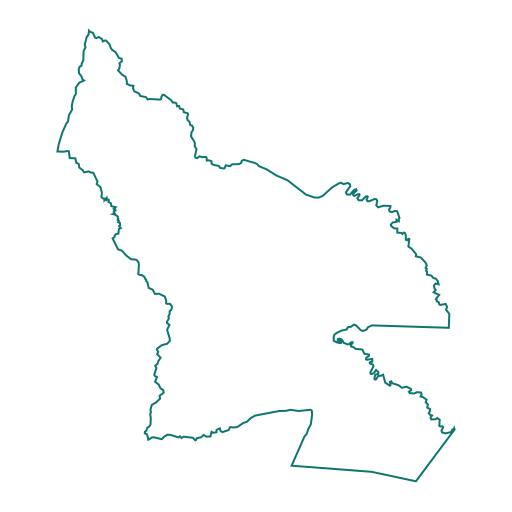 the district of El Cantón Del San Pablo (Managrú), Chocó, Colombia
{"feature_id": "7082276B94568538347754", "entity_name": "El Cantón Del San Pablo (Managrú)", "entity_type": "district", "adm_level": 2, "iso_a3": "COL", "parent_name": "Colombia", "parent_adm1": "Chocó", "projection": "albers", "projection_center": [-76.776, 5.377], "detail": "fine", "context": "isolated", "style": "outline", "palette": "teal", "viewbox_px": 512, "rotation_deg": 0, "n_neighbors": 0, "source": "geoboundaries", "source_scale": "gbopen_adm2", "svg_char_len": 6022}
<svg xmlns="http://www.w3.org/2000/svg" viewBox="0 0 512 512"><path d="M144.8,433.3L147.1,434.4L148.3,439.7L152.2,437.4L153.9,437.3L161.8,439.2L164.1,436.7L167.5,434.7L170.6,434.9L178.4,437.4L179.9,436.3L181.4,438.0L183.6,436.7L193.0,437.8L195.2,440.3L196.1,439.9L196.8,438.2L201.1,437.3L203.6,435.0L206.6,436.7L210.4,436.5L211.6,431.8L213.2,432.8L216.5,432.2L216.5,430.0L219.8,428.3L220.5,431.0L222.5,432.1L228.5,430.1L230.2,427.1L234.1,427.5L237.6,426.9L243.1,423.0L246.7,421.9L250.9,418.0L255.1,415.6L279.3,411.0L286.1,410.8L290.6,409.8L298.6,411.0L310.5,409.8L311.8,410.6L312.1,414.9L310.8,424.4L308.2,429.2L306.7,433.9L304.4,436.6L291.6,465.7L371.4,471.8L415.9,481.3L454.6,429.5L454.2,428.2L453.9,429.1L452.2,429.7L451.2,432.0L445.7,433.4L442.0,432.4L441.5,430.6L443.2,427.2L442.3,426.3L440.0,426.4L439.3,425.8L439.7,419.7L437.3,418.1L435.7,419.2L431.3,419.5L430.5,417.5L432.0,415.5L430.1,414.9L428.7,413.2L429.9,411.2L430.1,409.1L427.2,407.6L427.9,404.5L425.7,402.3L426.6,399.7L422.8,397.0L420.6,396.5L421.6,394.2L421.0,392.5L417.0,392.2L414.1,393.5L409.8,393.1L408.9,391.8L411.2,390.2L410.9,388.9L406.5,386.7L401.9,387.8L398.3,385.1L392.3,383.3L391.3,381.4L389.9,381.9L390.5,385.3L389.9,385.7L385.2,382.6L383.1,374.7L380.7,375.8L378.3,375.9L375.9,379.5L374.9,379.5L374.4,378.7L375.2,374.7L378.2,373.9L378.4,372.1L376.0,370.0L374.6,372.2L372.4,373.9L370.6,373.8L370.4,372.3L373.5,366.2L372.8,364.5L370.2,363.7L369.7,362.9L370.2,362.0L372.3,361.7L372.2,358.9L366.7,359.8L366.0,359.3L366.2,357.8L368.9,356.0L369.0,354.6L364.3,353.7L362.7,350.1L361.7,349.4L355.7,348.9L353.1,346.9L351.1,346.5L350.7,345.2L352.6,343.0L352.6,342.2L351.1,342.3L349.3,344.0L347.7,344.4L343.8,342.9L341.9,339.6L339.2,338.6L337.8,339.1L337.7,340.4L340.8,341.3L341.2,342.8L340.6,343.2L336.9,342.4L333.8,340.8L333.6,337.3L334.3,334.8L336.5,333.0L341.4,330.6L346.6,329.5L347.9,327.2L350.9,326.8L353.9,324.6L355.9,325.3L360.7,330.1L362.8,331.0L366.5,329.7L368.0,327.2L372.0,325.4L448.8,327.8L449.3,313.9L446.0,309.6L447.1,307.1L445.8,304.0L440.1,304.9L439.1,304.1L438.9,302.4L436.8,301.3L436.8,300.2L435.8,299.1L439.2,294.9L433.6,292.3L435.7,290.0L434.4,288.2L433.9,285.6L435.7,283.5L438.6,284.3L437.7,281.0L435.8,278.6L433.5,278.1L431.3,275.6L426.9,274.6L427.0,271.6L426.0,270.7L426.8,268.9L425.6,267.9L426.8,265.4L425.6,262.7L420.8,257.5L415.8,256.3L416.2,254.8L415.7,253.6L411.5,248.6L408.4,246.6L409.3,239.1L408.3,238.8L407.2,240.3L405.8,239.7L405.9,235.5L404.8,232.9L403.4,232.6L402.4,233.9L401.0,232.9L397.3,232.6L397.3,228.6L394.1,228.3L391.0,225.8L390.8,224.6L392.7,222.5L396.5,221.9L396.5,219.8L398.8,221.2L398.9,218.6L399.5,218.0L397.1,211.2L394.9,211.0L391.8,212.1L389.6,211.4L389.0,209.6L390.4,207.4L390.4,206.0L383.7,205.7L378.1,207.3L376.3,205.3L377.2,200.9L376.4,199.3L374.9,198.9L369.4,201.2L367.5,201.2L366.5,199.7L367.8,196.8L367.5,196.3L365.7,196.5L362.0,200.4L358.6,200.2L357.3,198.2L359.5,195.4L359.4,194.2L358.0,194.2L354.2,196.0L353.0,194.7L353.4,193.5L356.6,190.6L356.1,189.2L354.1,189.9L350.0,194.7L346.8,194.4L345.9,192.3L350.3,186.2L349.9,184.3L348.0,183.0L343.5,184.1L341.0,182.7L338.9,183.4L332.1,187.4L322.7,195.9L318.7,197.6L314.4,197.5L306.0,194.6L287.6,180.3L276.2,175.4L266.5,169.3L258.8,166.1L257.2,164.1L255.2,163.1L243.7,159.8L241.7,161.0L241.0,163.1L238.9,164.1L232.1,164.3L230.0,166.2L225.8,165.3L224.5,168.3L223.8,168.5L220.1,167.9L218.9,166.0L213.0,164.7L211.6,163.6L211.4,161.1L208.6,160.3L206.8,160.6L206.6,157.8L205.9,156.9L202.3,157.2L199.6,156.3L197.3,158.1L195.5,157.7L194.9,156.4L196.5,149.3L194.6,145.9L195.0,144.0L194.4,141.7L191.0,136.4L191.5,132.2L193.0,130.1L193.3,127.7L192.0,125.6L190.2,125.0L189.5,121.8L187.6,120.1L187.0,117.8L188.1,114.4L187.7,113.3L183.7,112.1L183.3,109.5L180.0,108.6L179.0,106.0L177.1,106.3L176.3,103.2L174.5,102.5L172.8,102.6L171.0,100.1L164.1,94.9L162.7,94.8L161.4,96.7L161.2,99.1L159.9,99.6L149.6,99.0L147.7,99.5L145.9,97.1L140.3,96.0L139.0,93.5L134.3,91.3L133.0,88.3L133.4,85.8L130.3,85.5L126.9,83.9L126.8,81.1L125.6,76.8L122.0,74.6L118.1,70.4L119.4,68.2L119.9,65.0L119.4,63.3L121.9,61.2L121.6,58.7L119.0,58.0L115.4,52.0L112.4,50.1L110.9,48.2L109.6,44.5L106.2,40.7L105.4,40.4L102.8,41.4L102.1,39.2L98.8,37.0L96.5,38.1L95.2,37.7L92.9,32.8L90.0,31.8L89.0,30.7L88.5,34.6L86.7,37.0L84.7,44.8L85.5,47.2L83.6,51.0L83.3,60.5L81.7,63.6L81.5,65.7L79.5,66.9L78.7,69.7L79.1,73.3L81.4,76.3L82.5,79.4L84.0,80.5L79.4,82.6L75.8,87.5L75.9,94.0L74.4,96.3L72.6,101.6L71.8,106.1L72.2,109.5L69.0,114.9L68.0,121.5L66.3,123.6L62.5,132.1L58.8,144.0L57.4,151.5L63.9,151.7L67.4,151.0L68.9,151.4L69.7,158.0L75.4,158.4L76.2,162.7L78.7,163.9L79.3,167.6L82.8,170.3L84.1,172.4L88.7,171.4L90.5,172.5L93.3,172.8L97.5,181.5L96.7,184.1L100.4,187.0L101.9,192.6L101.4,197.1L102.9,198.4L104.4,198.6L104.4,200.3L106.6,197.9L106.6,200.1L107.9,199.4L108.9,200.1L108.5,202.1L110.9,203.3L111.3,206.1L115.6,207.2L113.8,208.8L115.4,209.5L115.4,210.6L114.1,210.7L113.6,211.7L114.8,213.5L113.0,214.1L115.0,214.6L117.8,216.5L117.7,218.0L118.4,219.0L117.7,220.0L118.9,221.0L118.2,222.2L120.0,223.0L120.1,225.3L119.1,226.2L120.8,228.1L118.9,229.0L118.4,233.6L116.1,234.0L114.6,235.8L114.5,237.1L112.6,238.4L118.0,249.3L122.0,250.7L126.0,255.3L131.0,259.2L135.6,259.6L137.1,260.4L138.7,262.8L138.9,265.7L138.3,274.1L139.9,275.0L141.9,275.1L144.4,276.8L144.9,278.5L146.1,279.5L146.2,281.0L147.4,282.1L148.7,287.9L152.7,289.7L154.9,294.0L159.0,293.7L164.8,296.5L166.2,300.7L166.1,303.3L167.2,303.9L170.0,303.8L171.8,306.2L172.0,307.6L171.1,310.1L169.7,311.1L169.6,314.0L168.4,316.5L168.9,318.3L166.9,322.0L167.0,323.0L169.5,324.9L167.1,329.7L169.7,338.4L169.8,340.9L167.1,343.8L161.9,345.1L157.1,348.7L157.1,350.1L158.2,351.8L157.1,354.2L160.6,357.7L158.3,361.1L157.7,363.6L155.2,365.8L156.4,368.1L154.2,374.7L155.0,376.1L157.0,377.0L155.1,381.8L158.7,384.6L160.4,388.2L163.3,390.2L163.7,392.7L159.6,395.7L160.1,398.6L156.1,402.4L151.8,404.9L150.5,409.6L150.9,412.7L150.2,414.1L150.8,418.1L150.5,424.6L149.1,426.7L147.2,427.8L146.4,430.6L144.9,431.8L144.8,433.3Z" fill="none" stroke="#0f766e" stroke-width="2"/></svg>